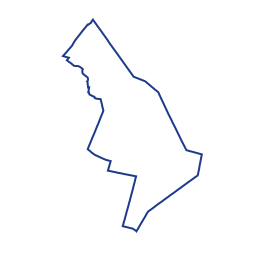 Thap Muoi, Ðong Tháp, Vietnam, rotated 11°
{"feature_id": "81297802B37339373723835", "entity_name": "Thap Muoi", "entity_type": "district", "adm_level": 2, "iso_a3": "VNM", "parent_name": "Vietnam", "parent_adm1": "Ðong Tháp", "projection": "mercator", "projection_center": [105.765, 10.559], "detail": "fine", "context": "isolated", "style": "outline", "palette": "blue", "viewbox_px": 256, "rotation_deg": 11, "n_neighbors": 0, "source": "geoboundaries", "source_scale": "gbopen_adm2", "svg_char_len": 4082}
<svg xmlns="http://www.w3.org/2000/svg" viewBox="0 0 256 256"><g transform="rotate(11 128 128)"><path d="M205.5,139.8L202.7,139.6L197.7,139.2L196.3,139.1L193.1,138.9L192.6,138.9L190.5,138.7L189.5,138.6L189.4,138.4L187.9,136.5L185.3,133.2L183.8,131.3L182.7,129.9L180.2,126.5L177.6,123.1L175.1,119.7L172.5,116.4L170.3,113.6L170.0,113.0L164.8,106.3L162.3,102.8L162.2,102.7L159.8,99.4L157.2,95.8L154.7,92.5L153.7,91.0L152.1,88.9L152.0,88.7L151.8,88.3L150.8,87.0L147.8,85.5L146.4,84.7L143.0,82.8L139.1,80.6L136.0,78.9L131.4,78.0L126.4,77.1L123.8,76.6L121.3,74.3L118.6,71.7L118.4,71.6L117.5,70.7L109.8,63.4L105.9,59.7L102.1,56.1L98.2,52.5L97.8,52.1L93.2,47.8L91.6,46.0L89.5,44.0L88.4,43.0L87.0,41.6L85.6,40.4L84.4,39.2L83.2,38.0L81.6,36.5L79.4,34.5L78.1,33.3L76.9,32.1L75.6,30.9L74.0,29.4L72.9,28.3L71.9,30.2L71.8,31.5L69.2,34.2L68.9,34.0L68.7,34.1L66.9,37.6L66.0,39.1L65.5,40.1L64.1,42.8L62.5,46.0L61.1,48.7L59.5,51.8L58.9,53.3L57.4,57.7L57.3,57.9L57.2,58.2L56.1,60.1L54.4,63.0L52.6,66.2L50.5,69.6L50.4,69.8L53.5,70.1L56.5,70.3L55.3,72.8L55.1,73.2L56.1,73.6L57.1,74.2L57.4,74.4L58.8,74.9L60.4,75.7L60.9,76.0L62.7,77.0L63.3,77.3L64.0,77.2L65.0,77.1L65.7,77.0L67.1,76.8L67.3,76.8L67.8,76.8L68.0,76.9L68.6,77.0L69.6,77.4L70.9,78.0L71.9,78.5L72.2,78.6L72.3,78.7L72.3,78.9L72.4,79.0L72.3,79.4L72.2,80.1L72.2,80.5L72.3,80.8L72.4,81.1L72.5,81.6L72.7,82.4L72.9,82.7L73.0,82.9L73.1,83.1L73.3,83.2L74.2,83.8L74.7,84.0L75.8,84.7L76.8,85.1L77.6,85.5L78.1,85.8L78.6,86.1L78.8,86.2L78.9,86.3L79.0,86.5L79.1,86.9L79.2,87.2L79.5,88.0L79.6,88.5L79.5,88.9L79.3,89.7L79.2,89.9L79.3,89.9L79.3,90.1L79.6,90.9L79.8,91.7L80.2,93.0L80.6,94.4L80.9,95.3L81.1,95.9L82.1,95.5L82.2,100.2L82.6,100.0L83.2,101.4L83.8,102.4L84.1,102.6L85.2,102.8L85.8,103.0L86.8,103.3L87.0,103.5L87.4,103.6L88.3,103.6L88.8,103.7L89.1,103.8L89.3,104.0L89.7,105.0L90.8,105.2L91.7,105.2L93.4,105.1L94.9,105.0L95.6,104.9L96.1,106.0L96.6,107.0L97.3,108.6L97.6,109.1L98.1,110.3L98.3,110.8L98.4,111.0L99.1,112.7L99.2,112.8L99.3,113.1L100.1,114.7L100.5,115.7L100.3,116.9L100.3,117.2L100.2,117.6L100.0,118.7L100.0,118.9L99.6,120.4L99.6,120.7L99.3,122.1L99.2,122.8L99.1,123.4L98.8,124.9L98.6,126.0L98.5,126.6L98.3,127.6L98.1,128.6L98.0,129.0L97.9,129.8L97.7,130.5L97.6,131.2L97.3,132.5L97.2,133.1L97.0,134.0L96.9,134.6L96.6,136.1L96.5,136.7L96.2,138.2L96.1,138.5L96.0,139.3L95.8,140.3L95.7,140.7L95.6,141.2L95.4,142.0L95.2,143.0L95.0,143.8L94.9,144.0L94.7,145.2L94.5,146.3L94.1,148.4L93.9,149.2L93.7,150.6L93.6,150.9L93.5,151.5L93.3,152.1L93.2,152.8L93.1,153.2L92.8,154.9L92.6,155.8L92.5,156.5L93.0,156.8L94.4,157.5L95.3,158.0L95.8,158.3L96.1,158.5L97.1,159.1L97.8,159.4L100.5,160.7L105.2,161.8L109.2,162.8L111.6,163.3L112.4,163.5L112.5,163.5L114.2,163.6L117.3,163.8L117.2,165.2L117.0,167.2L116.8,169.3L116.5,173.0L116.4,173.7L125.0,173.8L127.1,173.9L129.7,173.8L131.6,173.9L133.6,173.9L145.2,173.9L145.0,175.5L145.0,175.8L144.9,178.1L144.8,180.7L144.6,182.7L144.5,185.0L144.4,187.2L144.4,187.6L144.3,188.7L144.2,189.8L144.1,191.0L144.1,191.5L144.0,192.2L144.0,193.2L143.9,194.1L143.9,194.5L143.9,194.8L143.8,195.5L143.7,197.1L143.7,197.8L143.6,199.0L143.6,199.5L143.5,199.8L143.5,200.0L143.3,202.3L143.3,203.5L143.2,204.6L143.0,206.9L142.9,208.1L142.8,209.1L142.7,210.2L142.6,212.5L142.5,213.6L142.3,215.8L142.3,216.9L142.2,217.9L142.2,218.7L142.1,219.3L142.0,219.5L141.9,221.0L141.8,222.1L141.8,222.5L141.7,223.9L141.6,224.6L141.6,225.2L141.6,225.4L144.0,225.5L145.7,225.6L146.5,225.6L151.8,225.9L154.3,226.9L155.9,227.6L156.0,227.7L156.7,225.9L157.4,223.9L158.5,220.7L159.3,218.4L160.0,216.5L161.0,213.7L161.9,211.2L162.6,208.9L163.7,206.1L166.5,203.2L168.6,200.9L170.7,198.5L172.4,196.6L174.0,195.0L174.3,194.7L174.7,194.3L176.2,192.6L178.4,190.2L180.6,187.9L182.7,185.5L184.9,183.3L187.1,180.9L189.1,178.7L191.2,176.5L193.1,174.4L195.1,172.3L196.8,170.4L199.1,168.0L201.3,165.7L203.5,163.3L205.4,161.4L205.5,161.1L205.6,153.4L205.5,153.1L205.5,152.7L205.5,151.8L205.5,150.5L205.5,148.0L205.5,147.7L205.5,146.7L205.5,145.6L205.5,143.3L205.5,142.2L205.5,141.0L205.5,140.7L205.5,139.8Z" fill="none" stroke="#1e3a8a" stroke-width="2"/></g></svg>